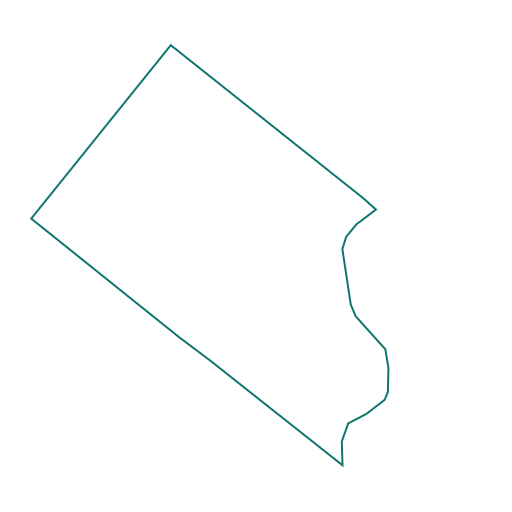 the district of Buffalo, South Dakota, United States of America, rotated 219°
{"feature_id": "52423323B50891604010383", "entity_name": "Buffalo", "entity_type": "district", "adm_level": 2, "iso_a3": "USA", "parent_name": "United States of America", "parent_adm1": "South Dakota", "projection": "orthographic", "projection_center": [-99.397, 44.065], "detail": "fine", "context": "isolated", "style": "outline", "palette": "teal", "viewbox_px": 512, "rotation_deg": 219, "n_neighbors": 0, "source": "geoboundaries", "source_scale": "gbopen_adm2", "svg_char_len": 397}
<svg xmlns="http://www.w3.org/2000/svg" viewBox="0 0 512 512"><g transform="rotate(219 256 256)"><path d="M57.1,147.8L72.6,165.9L79.0,183.9L70.8,202.9L65.5,225.2L68.0,233.4L82.7,252.4L96.8,264.9L140.7,271.9L151.8,277.9L193.2,315.7L198.0,327.6L197.9,343.8L192.0,367.6L209.6,368.4L454.9,366.2L454.2,143.6L264.6,144.5L225.8,145.9L57.1,147.8Z" fill="none" stroke="#0f766e" stroke-width="2"/></g></svg>